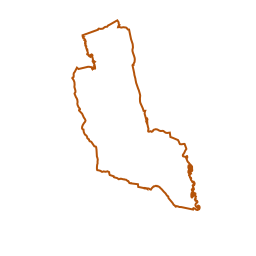 Sopo, Cundinamarca, Colombia, rotated 156°
{"feature_id": "7082276B26138055431911", "entity_name": "Sopo", "entity_type": "district", "adm_level": 2, "iso_a3": "COL", "parent_name": "Colombia", "parent_adm1": "Cundinamarca", "projection": "equal_earth", "projection_center": [-73.969, 4.893], "detail": "fine", "context": "isolated", "style": "outline", "palette": "amber", "viewbox_px": 256, "rotation_deg": 156, "n_neighbors": 0, "source": "geoboundaries", "source_scale": "gbopen_adm2", "svg_char_len": 5684}
<svg xmlns="http://www.w3.org/2000/svg" viewBox="0 0 256 256"><g transform="rotate(156 128 128)"><path d="M131.8,231.2L132.2,230.0L131.5,229.3L132.2,229.1L132.3,228.1L131.8,227.8L131.4,226.7L131.5,226.4L131.9,226.1L131.3,225.7L131.4,225.1L131.4,224.3L131.7,223.9L131.7,224.6L132.0,224.4L132.9,222.7L132.9,222.4L132.6,222.3L132.5,222.0L133.1,221.3L133.0,220.4L133.3,220.3L132.9,219.6L133.4,218.9L133.6,218.2L133.6,217.2L133.2,216.6L133.4,215.8L133.8,215.9L134.0,213.2L134.6,212.3L134.7,212.1L135.1,212.2L135.3,211.9L135.2,211.7L134.2,211.1L134.2,210.8L134.5,210.2L134.2,209.4L134.0,209.1L133.4,209.4L133.2,208.2L132.7,208.3L132.3,209.8L132.1,210.0L131.5,210.0L131.5,209.7L131.8,209.4L131.7,209.2L131.0,209.4L130.9,209.2L130.9,208.8L131.1,208.6L131.8,208.5L132.1,208.2L131.7,207.0L131.9,206.5L131.9,205.9L132.2,205.1L132.2,204.6L132.4,203.9L132.0,203.2L132.6,203.3L132.6,202.4L132.4,202.3L132.0,202.5L131.5,201.9L132.7,201.6L133.0,201.9L132.8,199.7L133.0,199.2L133.5,198.8L133.1,198.1L133.2,197.7L133.4,197.6L133.8,197.8L133.9,197.6L133.8,197.0L133.5,196.8L133.7,196.0L134.0,195.8L134.4,196.6L135.2,197.4L136.0,196.8L135.9,196.6L135.6,196.4L135.7,196.1L135.9,196.1L136.2,196.6L136.6,196.3L136.7,196.9L136.6,198.2L136.6,198.4L138.6,199.7L139.7,200.2L149.2,202.0L150.1,203.9L153.7,201.0L155.1,200.2L155.8,199.3L156.4,197.7L157.0,196.7L157.5,196.5L158.2,196.6L158.6,196.2L158.2,193.9L158.3,191.7L159.2,189.2L160.3,187.3L160.8,183.7L161.3,182.4L161.6,182.0L162.4,181.6L162.9,181.1L163.0,177.2L162.8,176.1L162.8,174.6L163.5,172.2L164.3,171.0L164.7,169.7L164.7,167.2L164.2,165.3L164.2,164.7L164.3,164.6L165.3,164.4L165.6,163.9L164.1,159.7L164.1,155.7L163.7,153.4L163.8,152.1L164.6,151.2L166.2,150.4L168.1,149.1L169.3,147.9L170.0,146.7L170.1,146.2L170.0,145.3L169.3,144.7L170.0,142.5L170.1,141.2L170.0,139.5L169.3,138.4L169.0,137.5L169.0,136.2L169.3,135.5L169.2,135.1L168.8,134.1L168.3,133.5L168.5,132.9L168.4,131.5L167.6,130.9L167.1,130.1L166.2,125.0L165.0,124.1L164.9,123.4L165.6,121.0L168.0,114.6L168.1,113.2L168.5,111.4L169.5,109.7L170.2,108.0L171.1,107.0L172.2,105.1L173.1,103.1L173.2,102.0L172.1,101.3L170.4,99.9L169.9,98.8L169.4,98.5L169.0,98.3L168.0,98.3L166.4,97.2L164.8,96.8L164.4,96.8L163.2,95.4L163.7,93.8L163.7,93.3L163.8,92.5L160.7,89.7L160.9,88.9L160.7,88.6L158.3,86.7L158.0,86.3L157.6,85.4L157.2,84.9L156.3,84.9L155.4,84.5L155.1,84.6L153.0,82.9L152.5,82.8L152.1,82.3L150.8,81.5L149.7,79.4L149.3,79.3L149.1,77.1L147.7,76.4L147.8,76.2L141.8,72.6L142.6,70.0L138.5,67.1L137.4,66.6L137.5,66.1L137.1,65.9L137.0,66.3L136.1,65.8L135.7,65.2L135.7,65.4L133.9,64.4L133.6,64.2L133.2,63.5L132.8,63.0L132.2,62.4L130.6,63.4L128.4,64.2L128.2,64.0L126.2,63.9L125.7,63.5L125.2,63.4L125.0,62.8L124.5,62.7L124.0,62.3L123.1,60.9L122.9,60.1L122.1,58.3L121.2,55.3L120.3,53.0L119.9,50.5L119.5,49.6L119.1,49.2L119.1,48.9L119.5,47.8L119.4,47.1L117.8,41.5L117.5,39.2L116.8,38.2L116.5,36.8L116.2,36.7L115.5,36.9L115.1,36.5L114.7,36.4L113.8,35.6L113.3,35.0L111.5,34.1L101.8,27.1L101.3,27.9L101.0,28.1L100.6,28.1L99.7,27.0L98.9,25.6L98.1,25.0L97.8,24.8L96.1,24.9L96.0,25.2L95.4,25.5L95.0,26.0L94.7,26.9L94.7,27.6L95.2,28.4L95.6,28.5L95.8,28.2L95.6,27.3L95.8,26.7L96.1,26.5L96.9,26.8L97.8,28.6L97.8,30.0L97.5,30.6L96.5,31.5L95.0,31.8L94.6,32.2L94.6,33.3L94.9,33.7L95.6,33.8L95.9,34.1L96.0,35.5L95.8,35.8L94.9,35.9L94.6,37.2L93.8,37.7L93.9,38.3L94.6,39.1L94.7,39.5L94.4,39.8L93.6,39.9L93.2,40.3L93.1,40.8L93.2,41.0L94.1,41.8L94.5,41.9L94.9,41.6L96.2,39.2L97.8,38.5L98.0,38.7L98.0,39.5L97.2,41.5L96.3,42.7L95.8,43.1L94.2,43.8L94.2,44.3L94.9,45.0L94.8,45.7L93.7,46.4L93.1,45.1L92.8,45.1L92.6,45.3L92.3,49.2L91.9,49.4L91.3,48.9L90.8,48.9L90.6,49.2L90.4,50.4L90.0,50.5L89.7,50.3L89.6,50.5L89.8,52.2L90.2,52.4L90.9,52.0L91.2,52.5L91.2,53.7L91.5,54.7L91.5,55.6L91.1,56.1L90.8,56.3L90.7,56.8L90.8,57.0L91.4,57.1L91.5,57.4L91.2,58.9L91.5,60.0L91.3,60.3L90.2,60.3L89.7,60.9L89.0,60.8L89.0,61.7L88.8,62.2L88.7,62.9L88.9,63.0L89.3,62.9L90.4,62.0L90.8,62.2L90.9,62.9L90.3,64.1L89.6,64.8L89.2,64.6L88.5,63.2L87.9,62.7L87.1,62.7L86.8,62.9L86.4,63.4L86.3,64.0L86.4,64.5L87.7,64.9L89.0,66.5L89.0,67.1L88.7,67.9L87.9,69.1L87.5,69.1L87.2,68.7L87.1,68.2L87.3,67.4L87.3,66.9L87.2,66.3L86.5,65.3L86.2,65.1L85.8,65.2L85.2,66.7L85.4,67.8L86.4,70.4L86.5,71.2L87.1,72.7L87.2,73.4L87.1,75.4L87.1,77.0L86.6,76.6L86.1,76.7L85.6,77.4L85.5,78.3L85.8,78.4L86.5,78.1L87.2,78.2L88.9,79.5L89.2,79.8L89.2,80.2L89.0,80.8L88.7,81.2L86.6,82.5L85.0,84.0L83.2,85.1L83.1,85.7L82.8,90.4L83.2,90.7L85.6,91.3L87.1,92.1L87.2,92.6L87.1,94.5L87.2,96.6L91.3,101.0L92.9,102.5L91.7,106.8L93.8,107.4L95.1,108.0L95.8,108.8L96.9,110.9L97.5,111.3L99.3,111.9L100.4,112.8L101.7,114.6L103.1,115.6L105.2,115.9L105.6,115.8L106.8,115.0L107.9,114.9L108.5,115.8L110.3,116.1L110.8,116.4L110.9,116.8L110.7,117.3L109.6,119.0L109.2,121.6L108.9,122.6L108.8,124.4L108.6,124.0L108.0,125.5L108.2,126.0L107.8,126.3L107.7,126.8L106.9,127.6L106.7,128.3L106.7,129.2L106.8,129.3L107.3,129.3L107.7,128.0L108.0,127.9L107.0,134.3L106.0,136.0L105.3,136.7L106.8,137.3L106.5,139.9L106.5,146.0L106.2,147.4L105.1,150.1L103.7,152.6L103.4,153.8L102.8,157.8L102.7,160.1L102.2,165.9L101.5,169.0L101.2,170.0L100.6,173.8L100.0,175.8L98.4,183.5L98.0,183.8L97.3,183.4L96.9,184.2L96.6,184.4L96.2,184.9L95.2,185.6L94.0,187.7L93.5,189.0L93.2,191.0L92.9,194.6L92.6,196.5L92.0,197.9L90.8,199.4L90.3,200.7L89.6,202.8L89.1,207.9L87.0,217.5L88.1,218.1L88.5,219.8L89.0,220.6L91.3,222.0L93.4,222.5L94.5,223.6L96.1,224.1L95.4,225.0L94.4,225.2L93.8,225.7L94.1,226.3L94.1,226.9L94.0,227.4L93.7,228.0L93.6,228.6L94.0,230.7L102.9,229.8L104.4,229.8L105.8,229.0L107.2,229.5L108.3,229.6L110.6,229.0L112.6,229.6L114.3,230.7L114.8,230.6L115.4,230.0L131.8,231.2Z" fill="none" stroke="#b45309" stroke-width="2"/></g></svg>